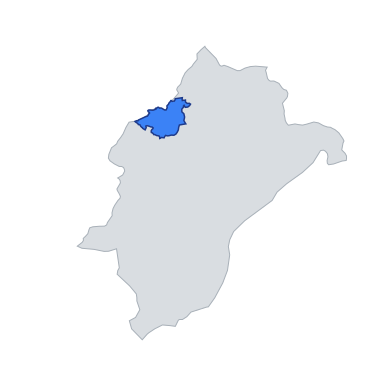 Smolyan highlighted on a map of Bulgaria, rotated 132°
{"feature_id": "BGR-2236", "entity_name": "Smolyan", "entity_type": "Province", "adm_level": 1, "iso_a3": "BGR", "parent_name": "Bulgaria", "parent_adm1": "", "projection": "mercator", "projection_center": [24.659, 41.628], "detail": "fine", "context": "in_parent", "style": "filled", "palette": "blue", "viewbox_px": 384, "rotation_deg": 132, "n_neighbors": 0, "source": "natural_earth", "source_scale": "10m", "svg_char_len": 3917}
<svg xmlns="http://www.w3.org/2000/svg" viewBox="0 0 384 384"><g transform="rotate(132 192 192)"><path d="M309.0,241.0L302.8,239.9L300.6,240.3L299.2,241.8L296.3,241.5L292.7,241.5L289.0,243.3L287.0,244.0L284.2,242.4L279.1,237.6L276.0,234.2L273.6,233.4L271.3,234.4L263.0,235.5L261.0,237.5L257.1,239.6L253.3,240.6L247.7,241.4L244.8,241.3L243.1,242.3L241.8,245.5L240.8,248.6L240.0,249.8L233.1,251.3L231.6,253.1L231.1,254.8L231.3,256.6L225.8,254.9L221.5,256.0L220.5,257.3L219.6,259.2L220.1,261.3L221.7,263.2L223.1,268.5L223.7,273.8L222.8,276.8L219.6,279.0L213.0,281.4L206.7,280.2L203.9,281.2L199.2,281.5L194.9,282.1L188.2,284.3L182.2,285.5L176.8,281.1L170.4,278.1L163.7,276.3L161.3,277.6L160.3,278.7L154.7,274.8L152.2,273.4L150.9,271.9L148.6,266.6L147.2,266.5L142.6,268.4L138.1,268.3L135.4,268.0L127.4,268.2L126.3,271.7L125.3,272.3L123.6,272.8L119.4,272.6L113.9,275.2L108.1,276.8L103.5,276.8L98.8,276.1L96.0,276.6L89.9,276.9L86.1,280.7L80.1,280.5L75.1,279.9L75.7,278.7L76.7,263.4L79.2,256.5L79.1,255.1L78.6,254.1L76.4,253.0L74.8,249.3L71.5,239.5L69.6,237.5L64.4,235.5L59.8,232.6L55.9,228.9L48.9,219.7L52.4,218.8L53.5,216.9L57.1,211.8L57.5,209.3L57.1,207.9L54.7,205.4L53.1,200.1L54.3,195.1L54.4,192.5L53.2,189.9L54.5,186.8L57.1,185.0L58.7,184.5L65.5,184.2L69.8,177.8L72.4,175.8L75.1,172.1L76.3,170.8L77.5,168.0L77.9,165.1L72.5,161.0L70.7,158.0L68.3,154.6L65.0,152.3L58.5,148.3L56.0,144.2L54.8,138.9L53.1,134.9L51.2,132.3L50.8,130.2L50.0,127.6L49.8,122.4L51.4,115.6L52.4,113.2L54.6,112.5L60.5,108.9L60.8,104.2L61.8,101.3L63.7,99.6L65.4,98.5L68.6,101.2L76.4,105.5L80.3,108.7L80.1,110.6L78.3,112.6L74.9,114.5L72.9,117.0L72.4,120.1L72.9,122.3L75.2,124.2L89.2,121.7L103.5,123.0L122.6,127.2L135.2,128.7L144.6,126.8L161.9,130.3L178.0,133.6L193.5,134.6L202.2,132.0L208.2,128.5L213.5,121.9L226.5,113.2L239.0,108.3L255.4,104.3L266.4,103.0L268.0,104.3L281.9,112.4L288.2,112.4L293.2,113.8L295.0,115.9L296.3,116.4L303.0,114.5L305.9,118.8L310.6,125.0L318.5,128.1L325.5,129.9L327.7,130.2L335.1,130.1L334.1,145.3L329.6,152.4L323.0,150.0L314.4,152.0L309.9,160.0L307.3,162.4L305.0,165.2L303.5,175.6L303.2,192.6L300.0,194.6L297.0,195.3L284.7,210.1L291.8,214.3L294.9,217.5L300.1,226.3L307.5,236.2L309.0,241.0Z" fill="#d9dde1" stroke="#a8b0b8" stroke-width="1"/><path d="M138.4,268.9L138.0,268.8L137.9,268.4L138.0,267.9L138.0,267.4L137.1,266.8L136.3,266.0L135.5,266.1L134.6,266.4L133.9,266.9L128.4,262.3L129.6,261.5L130.5,260.4L129.2,259.5L128.8,258.8L128.1,258.4L129.5,257.0L129.4,255.0L128.7,254.1L127.9,253.4L127.7,251.9L129.4,251.6L131.7,252.0L133.5,253.6L133.3,254.8L132.9,255.9L133.8,255.9L134.6,255.1L137.3,255.0L139.2,253.2L139.3,250.4L141.2,247.7L142.6,246.8L144.3,245.9L145.0,244.0L145.5,242.2L150.6,246.2L152.8,245.2L155.0,243.7L157.4,243.0L159.7,242.7L161.9,243.4L163.6,245.5L165.6,246.8L166.8,247.9L167.6,249.5L169.2,249.4L170.4,249.0L172.1,251.4L173.0,251.4L173.8,251.8L173.0,252.6L172.4,253.9L172.9,254.9L173.7,256.0L174.2,258.1L174.9,258.7L174.6,259.9L174.6,261.4L175.0,261.9L174.8,262.4L173.7,263.3L172.4,263.6L171.4,263.4L170.4,263.7L170.4,265.1L171.2,266.2L171.9,268.1L172.8,269.8L173.9,270.4L174.8,269.1L177.2,268.4L177.7,271.2L177.4,272.0L177.6,272.6L177.5,274.1L176.9,275.5L177.3,276.2L177.8,277.0L177.6,277.5L177.4,278.1L177.8,281.0L177.7,281.6L176.0,280.8L175.8,280.6L175.5,280.0L175.4,279.8L175.1,279.8L174.4,280.0L166.9,276.8L165.5,275.9L164.9,275.9L164.4,276.0L163.4,276.3L161.7,276.4L161.5,277.2L161.6,278.3L161.2,279.2L160.3,279.2L159.3,278.3L157.8,276.2L156.9,275.4L156.0,275.0L155.1,274.9L154.1,274.9L154.4,274.3L152.8,274.3L152.1,274.2L151.4,273.5L151.4,273.3L151.5,272.6L151.5,272.3L151.3,272.1L150.9,271.8L150.7,271.6L150.4,271.3L150.2,271.0L150.0,270.7L149.9,270.2L149.7,268.5L149.2,266.9L148.2,266.1L146.9,266.6L145.9,266.8L144.9,268.2L144.3,268.3L143.3,268.2L142.6,268.2L141.0,268.7L140.6,268.7L139.4,268.6L139.0,268.6L138.7,268.8L138.4,268.9Z" fill="#3b82f6" stroke="#1e3a8a" stroke-width="1.5"/></g></svg>